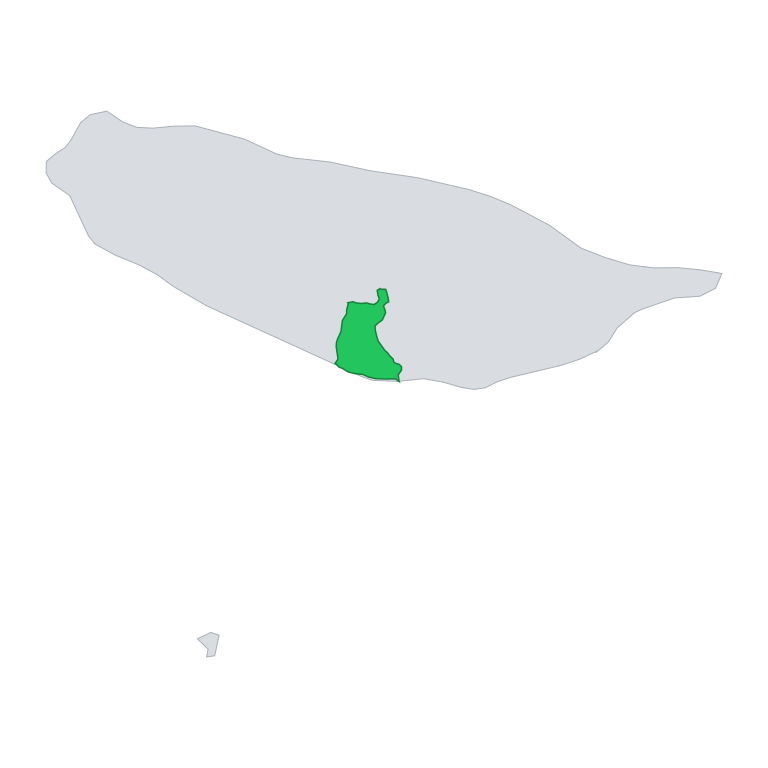 Yunlin highlighted on a map of Taiwan, rotated 270°
{"feature_id": "TWN-1176", "entity_name": "Yunlin", "entity_type": "County", "adm_level": 1, "iso_a3": "TWN", "parent_name": "Taiwan", "parent_adm1": "", "projection": "equal_earth", "projection_center": [120.426, 23.673], "detail": "fine", "context": "in_parent", "style": "filled", "palette": "green", "viewbox_px": 768, "rotation_deg": 270, "n_neighbors": 0, "source": "natural_earth", "source_scale": "10m", "svg_char_len": 1795}
<svg xmlns="http://www.w3.org/2000/svg" viewBox="0 0 768 768"><g transform="rotate(270 384 384)"><path d="M519.9,581.0L510.6,604.7L503.1,629.8L500.1,653.5L500.3,678.0L498.2,700.1L494.5,721.9L479.8,715.6L471.8,700.0L470.0,674.3L459.3,643.3L455.3,634.4L440.0,617.1L426.1,608.5L415.3,595.7L416.7,596.7L408.8,579.5L402.7,561.2L390.3,509.2L386.0,496.7L380.2,485.2L378.6,473.9L380.6,461.3L386.0,442.5L389.3,423.6L386.6,397.8L387.7,372.4L391.7,361.0L462.4,206.2L481.6,173.3L493.3,157.2L503.1,139.0L512.5,116.0L523.9,95.0L532.1,88.5L572.4,69.7L585.0,51.7L595.1,46.1L606.5,46.4L613.9,55.0L620.5,65.2L627.5,70.7L645.4,80.6L653.3,90.2L656.9,106.8L646.1,122.6L640.7,136.7L639.8,152.4L641.8,173.7L642.1,195.0L628.7,245.0L614.1,276.3L610.2,291.8L605.9,330.5L597.4,369.3L590.1,418.5L578.3,469.3L571.5,490.6L563.1,510.9L542.8,549.4L519.9,581.0ZM129.2,197.4L135.6,210.8L132.8,219.1L112.2,214.7L111.1,206.6L118.9,208.1L129.2,197.4Z" fill="#d9dde1" stroke="#a8b0b8" stroke-width="1"/><path d="M386.5,399.2L389.1,395.5L389.0,384.0L389.4,375.4L391.0,368.5L393.5,363.1L394.2,356.0L395.6,349.9L396.3,347.8L399.8,342.1L400.4,340.2L400.8,339.1L404.0,336.1L404.5,335.0L408.9,338.0L421.4,336.2L425.7,336.5L429.6,337.8L436.2,340.9L447.5,342.4L454.4,346.7L457.7,346.6L464.6,348.3L465.2,347.8L466.3,352.9L465.1,356.2L464.5,361.2L465.1,366.6L464.0,370.2L463.5,374.2L465.8,377.5L469.1,379.3L473.0,377.9L477.7,377.2L479.2,379.7L478.9,379.7L478.7,383.2L478.7,385.6L476.5,386.5L469.8,388.2L466.2,388.7L464.8,385.9L462.1,383.5L457.3,385.2L455.2,385.6L448.0,382.3L445.1,378.2L442.1,375.0L438.2,375.2L431.0,376.9L426.9,378.2L417.5,384.9L415.3,387.5L412.8,389.2L408.8,393.2L405.8,393.8L404.6,395.9L403.6,399.3L401.3,401.5L397.9,401.5L393.1,398.2L387.1,399.0L386.5,399.2Z" fill="#22c55e" stroke="#15803d" stroke-width="1.5"/></g></svg>